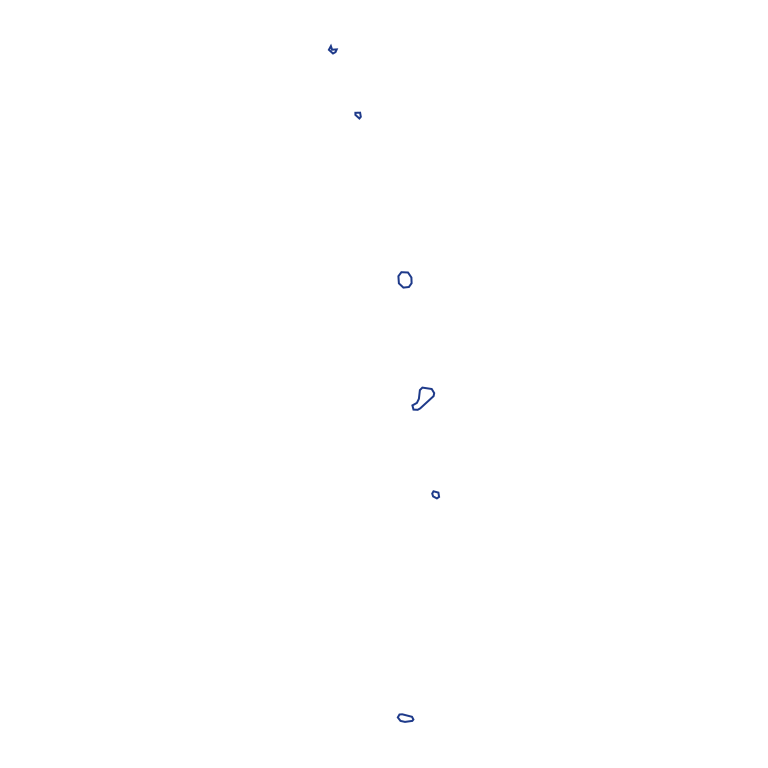 an SVG outline of Northern Islands
{"feature_id": "MNP-4940", "entity_name": "Northern Islands", "entity_type": "state/province", "adm_level": 1, "iso_a3": "MNP", "parent_name": "Northern Mariana Islands", "parent_adm1": "", "projection": "albers", "projection_center": [145.557, 18.447], "detail": "coarse", "context": "isolated", "style": "outline", "palette": "blue", "viewbox_px": 768, "rotation_deg": 0, "n_neighbors": 0, "source": "natural_earth", "source_scale": "10m", "svg_char_len": 725}
<svg xmlns="http://www.w3.org/2000/svg" viewBox="0 0 768 768"><path d="M422.4,387.6L431.7,389.0L434.2,393.1L433.6,396.1L420.2,408.4L417.7,409.8L413.5,409.6L412.4,405.4L416.9,402.9L418.9,398.8L419.9,390.1L422.4,387.6ZM403.4,287.6L398.9,283.4L398.4,276.2L401.4,272.2L408.0,272.5L411.4,277.5L411.6,283.2L408.9,287.0L403.4,287.6ZM412.0,716.8L413.4,719.5L412.3,720.9L405.0,721.9L400.5,720.9L397.8,717.4L399.5,714.5L402.3,714.3L412.0,716.8ZM436.9,498.4L433.1,496.4L432.2,493.6L433.5,491.3L438.4,492.6L439.1,496.9L436.9,498.4ZM333.0,53.5L328.9,49.8L330.9,46.1L332.1,49.7L336.7,49.4L335.5,52.1L333.0,53.5ZM359.4,118.5L355.4,114.9L355.4,112.8L360.1,112.7L360.8,116.8L359.4,118.5Z" fill="none" stroke="#1e3a8a" stroke-width="2"/></svg>